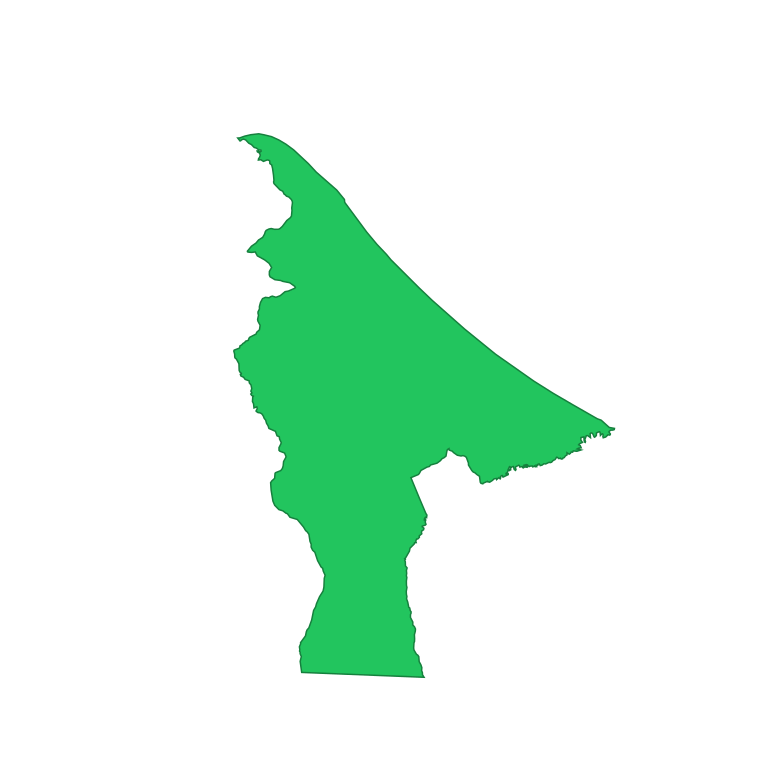 the district of Pococi, Limón, Costa Rica, rotated 336°
{"feature_id": "36466004B96368575688704", "entity_name": "Pococi", "entity_type": "district", "adm_level": 2, "iso_a3": "CRI", "parent_name": "Costa Rica", "parent_adm1": "Limón", "projection": "albers", "projection_center": [-83.671, 10.502], "detail": "fine", "context": "isolated", "style": "filled", "palette": "green", "viewbox_px": 768, "rotation_deg": 336, "n_neighbors": 0, "source": "geoboundaries", "source_scale": "gbopen_adm2", "svg_char_len": 6170}
<svg xmlns="http://www.w3.org/2000/svg" viewBox="0 0 768 768"><g transform="rotate(336 384 384)"><path d="M567.7,505.4L564.7,502.5L547.7,479.3L534.7,461.2L522.0,442.2L498.0,402.1L479.9,366.4L462.1,327.3L455.1,310.3L440.8,273.2L439.0,266.7L434.4,253.7L430.0,238.2L422.0,202.1L422.9,199.3L419.7,187.6L408.3,162.9L404.5,151.8L396.7,133.4L392.0,125.1L387.2,118.3L381.9,112.3L375.7,107.5L371.4,104.5L363.8,102.1L357.5,100.9L352.3,100.5L350.4,99.8L351.3,103.4L352.0,103.5L353.2,103.0L355.2,103.1L356.9,104.7L358.4,109.0L360.3,111.4L361.6,115.1L363.4,116.6L364.7,119.0L366.7,120.3L366.4,121.4L365.1,121.7L363.8,119.8L362.8,119.5L362.8,120.5L364.2,122.4L364.1,124.6L362.5,126.3L361.0,127.2L360.3,128.3L362.7,129.0L364.4,131.6L368.4,131.8L369.8,132.8L370.3,133.7L369.4,136.2L370.5,138.2L369.9,141.6L368.0,148.2L366.3,153.2L365.3,154.5L365.0,156.2L367.9,164.3L369.9,166.7L370.0,170.0L370.7,170.9L371.3,172.7L373.1,174.4L374.4,177.8L374.5,179.6L374.1,181.2L371.3,185.7L370.5,188.1L367.7,193.0L366.0,194.0L361.7,195.1L355.2,198.7L352.1,199.7L350.5,199.7L346.8,198.1L344.2,196.1L341.9,195.6L339.0,195.7L337.7,196.4L335.7,198.6L332.8,200.7L328.0,201.4L324.3,203.2L319.0,204.2L313.2,207.1L313.1,207.8L314.3,208.7L316.7,210.0L320.1,211.0L320.4,215.4L325.4,222.0L328.1,227.0L328.7,231.9L325.1,234.5L323.6,237.7L323.5,239.7L326.7,244.3L331.7,247.4L333.3,249.1L339.0,253.1L342.2,258.5L342.2,259.9L340.9,260.2L334.5,260.2L331.2,259.4L325.0,261.1L320.6,260.8L317.7,258.3L315.9,258.1L314.1,258.5L310.9,256.6L307.8,256.6L304.4,259.2L301.7,262.5L300.7,264.8L298.2,266.9L297.6,268.3L297.3,270.2L294.8,273.6L294.4,275.3L294.7,280.0L292.3,283.8L288.7,285.0L287.5,286.3L280.3,286.7L279.4,287.2L277.7,288.9L274.9,288.6L273.6,289.4L271.7,289.6L269.7,290.5L268.1,290.5L266.6,292.4L260.9,292.1L260.2,292.8L259.7,295.9L258.6,298.7L258.6,299.9L259.3,301.1L259.7,306.5L257.2,312.7L257.2,314.3L258.0,316.3L257.6,316.9L256.7,316.8L256.5,318.4L258.5,320.8L259.0,323.3L262.1,326.3L261.4,328.2L262.1,330.8L261.3,334.5L259.5,336.4L259.7,338.4L258.2,339.0L258.5,340.7L259.7,342.0L258.8,342.5L256.7,346.5L256.8,348.9L255.5,353.0L258.5,353.1L258.2,355.0L256.3,356.4L256.1,357.0L257.3,358.9L259.1,360.0L260.2,361.5L260.7,363.9L260.6,366.8L261.2,368.8L260.7,372.2L261.1,374.9L260.8,377.8L265.6,383.1L265.2,387.8L266.9,389.6L266.2,391.9L266.3,395.7L265.3,396.9L262.2,399.4L261.1,401.9L261.5,403.0L265.1,406.6L265.0,410.3L264.5,411.1L260.7,414.0L258.5,417.9L256.7,419.9L254.5,421.1L249.2,420.9L248.2,421.2L245.7,425.7L242.1,426.9L240.3,428.0L237.7,435.1L234.9,445.8L234.8,450.4L236.9,456.0L240.0,458.7L241.9,462.2L243.0,463.2L243.9,467.5L249.7,472.5L252.3,481.9L252.8,486.1L253.6,487.6L254.3,490.7L252.4,497.6L252.3,500.8L251.1,503.3L251.2,506.8L252.4,509.6L251.5,518.4L252.1,525.6L253.0,527.4L252.4,530.2L252.4,534.8L250.4,537.2L246.5,545.1L244.1,548.4L238.6,552.1L233.0,557.2L230.9,559.8L227.6,562.2L222.0,570.1L216.2,576.2L213.8,577.3L212.4,578.6L209.8,582.2L202.6,586.3L202.2,587.4L199.8,589.7L199.1,592.3L198.2,593.7L198.3,595.0L197.7,596.3L197.6,599.4L194.6,603.3L191.5,614.0L301.3,668.2L300.9,665.3L301.7,663.2L301.8,661.1L303.2,658.5L303.5,655.4L303.2,652.0L304.9,647.2L304.6,645.5L303.7,644.0L303.2,639.2L303.7,637.3L306.1,632.6L307.1,631.7L308.3,629.3L309.8,625.4L312.1,622.5L313.1,620.6L313.1,618.2L312.3,615.8L313.5,613.2L313.2,608.1L314.4,605.4L315.4,604.5L316.1,603.1L315.8,601.7L316.4,599.1L315.8,598.1L317.0,592.8L317.2,589.5L318.5,587.4L318.9,585.3L320.0,582.5L322.2,579.2L322.6,577.1L324.3,573.1L326.2,570.0L326.4,568.3L327.7,566.2L328.6,563.5L330.3,561.4L329.6,558.9L331.2,555.0L331.2,553.5L332.2,552.9L331.9,551.9L332.9,551.7L339.3,547.0L340.9,544.6L346.6,542.4L347.3,541.5L348.9,542.0L349.1,540.4L350.7,538.9L351.8,539.3L352.7,539.0L354.0,538.4L354.4,537.1L357.6,536.2L357.8,534.9L358.9,533.5L360.8,533.3L361.8,532.0L360.8,530.0L361.1,529.4L364.4,529.7L365.3,529.3L365.5,526.8L366.7,525.4L365.5,524.8L365.9,523.8L366.4,523.4L366.8,523.9L367.0,523.0L367.5,522.7L368.3,522.6L368.6,523.3L369.9,521.2L369.6,519.3L369.9,501.6L370.5,480.5L378.4,480.7L379.7,480.2L382.6,478.0L389.5,477.4L392.0,477.8L393.5,476.9L400.2,477.9L404.3,477.0L406.8,475.8L408.7,475.8L411.3,475.1L414.4,470.5L415.3,469.7L417.1,469.4L416.7,470.9L419.2,473.3L419.5,474.7L422.0,478.9L425.1,481.1L427.0,481.5L428.4,482.7L429.4,484.5L429.0,490.5L428.2,492.4L429.0,498.7L429.7,500.7L430.9,502.0L432.1,504.6L433.7,507.1L432.0,512.9L432.2,514.2L433.7,515.4L434.3,515.0L438.9,515.0L439.2,515.9L440.0,516.0L440.6,516.7L443.8,516.2L446.1,515.4L448.4,516.1L448.1,517.1L450.8,516.3L451.5,517.9L452.4,517.2L452.6,516.1L454.1,515.5L455.0,515.8L454.7,517.2L455.1,517.5L460.6,517.3L460.9,516.5L458.9,516.3L459.1,515.3L461.0,514.8L462.2,513.2L463.1,514.1L464.9,513.9L464.9,513.5L463.0,512.3L465.1,510.5L465.6,510.9L465.6,512.4L467.4,511.7L468.6,512.0L468.2,515.1L469.0,516.4L469.8,515.8L470.0,514.1L470.5,513.2L474.1,513.0L474.5,513.5L474.3,515.1L476.9,515.7L476.7,516.8L477.1,517.3L478.3,517.1L478.5,515.6L479.3,515.6L479.7,515.9L479.6,517.5L480.9,518.3L481.4,517.7L481.3,516.8L479.9,515.3L481.3,515.5L482.1,516.1L482.9,518.5L483.8,518.4L486.1,519.2L486.1,520.2L486.4,520.3L488.2,520.0L488.4,521.1L489.9,521.6L489.9,520.1L491.5,520.7L491.7,520.0L492.7,520.0L493.4,520.3L493.5,522.1L495.4,522.4L497.6,521.9L499.2,522.8L503.1,522.7L503.7,523.4L505.3,523.6L507.3,522.7L509.6,522.6L511.9,521.1L512.5,521.5L513.4,523.3L515.0,523.5L515.3,524.6L516.7,525.0L517.1,524.5L518.8,524.5L520.4,523.5L522.4,523.2L523.2,521.2L524.6,523.4L526.0,523.2L527.4,522.3L528.6,523.0L529.7,522.1L532.8,523.9L537.2,524.4L534.0,521.9L535.5,521.7L538.2,522.5L538.2,520.1L537.1,518.7L538.3,518.1L541.6,518.1L541.0,515.3L542.2,513.0L545.1,513.6L543.7,517.4L543.7,518.7L544.1,519.2L544.7,518.5L544.8,516.6L547.8,513.5L549.1,514.0L550.8,517.0L552.1,513.2L553.2,512.9L554.1,513.5L554.5,514.9L554.4,517.7L554.8,518.3L557.0,517.5L558.2,515.1L561.1,515.1L561.6,515.4L561.6,516.5L560.8,519.0L562.5,518.3L563.3,518.3L563.5,518.6L563.5,519.6L562.6,521.0L562.4,522.3L565.0,522.6L568.0,521.5L569.2,522.4L570.0,522.4L570.5,521.7L570.0,519.4L570.3,518.9L572.3,518.4L574.4,519.2L575.8,519.3L576.5,518.3L572.1,515.3L567.7,505.4Z" fill="#22c55e" stroke="#15803d" stroke-width="1.5"/></g></svg>